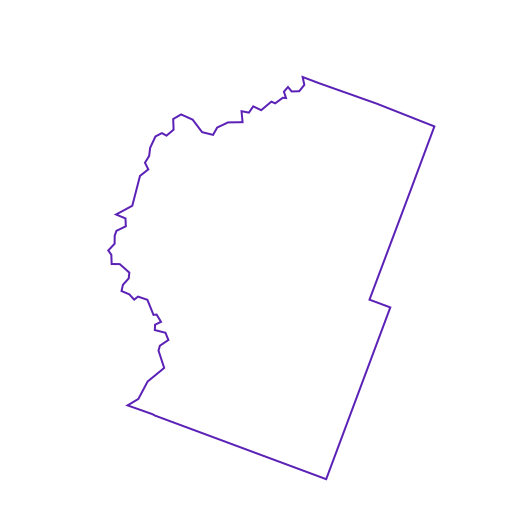 Park, Colorado, United States of America (Albers equal-area conic projection), rotated 21°
{"feature_id": "52423323B59552334476935", "entity_name": "Park", "entity_type": "district", "adm_level": 2, "iso_a3": "USA", "parent_name": "United States of America", "parent_adm1": "Colorado", "projection": "albers", "projection_center": [-105.968, 39.131], "detail": "fine", "context": "isolated", "style": "outline", "palette": "violet", "viewbox_px": 512, "rotation_deg": 21, "n_neighbors": 0, "source": "geoboundaries", "source_scale": "gbopen_adm2", "svg_char_len": 1030}
<svg xmlns="http://www.w3.org/2000/svg" viewBox="0 0 512 512"><g transform="rotate(21 256 256)"><path d="M399.8,255.9L377.6,256.1L376.8,141.0L376.1,71.1L314.3,70.5L252.7,72.1L235.4,72.2L239.8,78.9L237.3,86.7L230.3,89.6L225.3,86.8L223.2,92.6L227.4,97.8L224.3,98.7L219.2,106.6L215.0,106.4L208.6,118.0L199.8,117.3L198.0,124.7L190.6,126.0L195.5,135.9L182.0,141.3L173.7,150.0L172.5,158.3L161.3,159.7L148.0,151.4L135.3,150.7L129.6,157.8L133.8,167.6L129.3,175.7L124.1,175.0L119.3,180.4L118.4,192.9L120.4,200.9L118.9,208.7L124.4,213.7L119.0,222.8L122.5,253.4L110.5,267.4L120.7,267.7L123.8,274.9L116.7,282.5L116.8,287.7L119.6,295.2L116.1,303.8L120.5,306.7L124.1,315.2L131.7,312.4L143.7,316.9L145.2,322.5L142.1,330.5L143.0,336.9L151.5,337.2L157.9,340.4L160.4,336.2L170.3,335.8L181.4,347.7L184.2,346.3L190.9,351.5L186.4,356.3L188.1,361.4L199.0,360.1L204.3,365.8L198.4,374.2L198.9,379.3L210.4,393.4L199.8,412.0L197.4,431.6L189.6,441.5L216.3,440.8L218.8,441.2L401.5,439.2L399.8,255.9Z" fill="none" stroke="#5b21b6" stroke-width="2"/></g></svg>